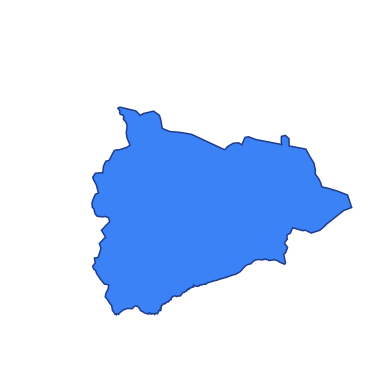 outline of Kirfi, Bauchi, Nigeria, rotated 328°
{"feature_id": "59680162B60638866528984", "entity_name": "Kirfi", "entity_type": "district", "adm_level": 2, "iso_a3": "NGA", "parent_name": "Nigeria", "parent_adm1": "Bauchi", "projection": "natural_earth1", "projection_center": [10.416, 10.451], "detail": "fine", "context": "isolated", "style": "filled", "palette": "blue", "viewbox_px": 384, "rotation_deg": 328, "n_neighbors": 0, "source": "geoboundaries", "source_scale": "gbopen_adm2", "svg_char_len": 5573}
<svg xmlns="http://www.w3.org/2000/svg" viewBox="0 0 384 384"><g transform="rotate(328 192 192)"><path d="M319.2,289.8L322.3,277.0L319.5,273.2L316.0,268.6L309.2,260.7L306.0,257.7L304.8,256.2L306.0,252.6L306.5,247.8L306.0,242.3L308.4,238.5L310.7,232.0L310.7,224.7L311.0,219.5L311.1,218.0L311.3,216.0L298.8,204.4L302.5,198.2L301.2,193.5L297.3,192.2L294.2,196.8L293.4,199.4L274.1,181.5L269.2,175.1L265.8,173.8L259.3,178.4L257.7,175.1L252.9,172.5L249.9,172.4L247.1,172.4L245.0,172.5L243.4,173.5L241.9,173.2L222.2,142.9L214.6,136.0L205.2,128.9L200.5,122.4L203.7,114.3L205.0,109.8L202.3,103.1L192.4,99.7L188.7,99.6L187.4,93.5L176.2,82.2L175.0,81.6L173.8,81.6L173.4,82.1L173.7,82.7L173.9,83.3L173.6,84.0L173.9,84.6L173.5,85.5L173.1,85.7L172.6,86.5L172.4,87.3L172.4,88.2L172.7,88.7L173.1,88.8L173.8,89.2L173.8,90.0L174.2,90.6L174.2,91.2L174.1,92.1L173.7,93.0L173.2,92.9L172.9,93.0L172.5,93.7L172.3,94.4L172.9,96.0L172.8,99.0L172.0,101.6L170.1,104.1L167.8,106.6L167.1,108.1L165.8,111.1L165.1,114.2L164.9,116.4L164.1,119.5L160.0,119.6L158.8,119.1L153.1,117.8L149.3,115.9L148.2,115.8L147.9,115.7L138.4,121.3L135.2,120.2L130.6,123.2L126.6,128.4L120.1,124.9L115.8,126.7L115.0,129.3L114.7,135.0L113.7,138.3L112.1,143.2L108.6,142.8L103.6,146.4L101.5,148.1L99.3,152.2L99.9,154.2L98.3,159.0L98.6,161.9L99.4,162.9L103.1,165.8L105.3,166.6L107.6,169.5L106.5,173.5L94.9,176.5L94.8,184.4L86.1,186.6L85.1,191.4L82.2,193.9L80.4,195.4L77.6,197.8L76.2,197.1L74.4,196.3L74.2,196.3L72.5,200.7L68.3,202.4L67.8,205.7L68.7,207.1L67.9,210.6L68.1,216.8L68.9,223.7L70.7,225.1L72.1,226.7L69.6,229.7L65.5,232.1L62.8,235.0L63.3,238.0L63.2,241.0L63.6,246.0L61.7,250.5L62.0,251.3L62.0,252.7L61.8,253.4L61.8,254.5L62.3,255.3L62.7,256.0L63.3,255.5L63.6,255.3L64.3,255.7L64.5,256.5L64.9,256.9L66.1,256.2L71.2,255.6L75.7,256.6L79.4,259.3L81.9,258.7L83.5,258.4L85.5,260.5L85.6,265.5L88.3,270.3L88.9,270.9L89.4,271.5L89.8,271.8L90.1,272.0L90.6,271.8L90.6,272.1L90.7,272.5L90.9,272.3L91.0,272.1L91.2,271.8L91.4,272.0L91.8,272.1L92.1,272.2L92.4,272.7L92.4,273.0L92.4,273.3L92.7,273.3L92.9,273.4L93.0,273.7L92.9,274.0L93.4,274.2L93.8,274.1L94.2,274.1L94.3,274.4L94.5,274.7L94.9,274.8L95.1,274.9L95.2,275.0L95.3,275.3L95.3,275.6L95.4,275.9L95.5,276.1L96.0,276.0L96.3,275.9L96.6,275.8L96.8,275.8L97.0,275.7L97.3,275.7L97.5,275.9L97.6,276.0L97.7,276.3L97.9,276.2L98.0,276.3L98.0,276.5L98.1,276.9L98.5,276.8L98.9,276.5L99.3,276.3L99.7,276.1L100.1,276.0L100.4,275.7L100.6,275.5L100.7,275.2L100.9,274.9L101.1,275.0L101.3,275.0L101.6,275.2L102.0,275.3L102.1,275.5L102.3,275.6L102.4,275.8L102.6,275.9L102.8,276.0L103.0,275.8L103.1,275.6L103.2,275.4L103.3,275.2L103.1,274.8L103.1,274.6L103.1,274.4L103.3,274.4L103.5,274.4L103.6,274.2L103.9,274.3L104.1,274.3L104.3,274.3L104.5,274.1L104.5,273.7L104.6,273.4L104.7,273.2L104.8,273.1L105.0,273.0L105.2,272.9L105.4,272.8L105.5,272.7L105.5,272.4L105.7,272.2L105.9,272.2L106.1,272.2L106.4,272.3L106.7,272.3L106.9,272.3L107.2,272.2L107.4,272.0L107.6,271.8L107.8,271.7L108.2,271.6L108.3,271.6L108.6,271.6L108.8,271.7L109.0,271.9L109.0,272.1L109.4,272.3L109.5,272.3L109.7,272.5L109.9,272.5L110.2,272.5L110.5,272.4L110.6,272.5L110.8,272.5L110.9,272.3L111.0,272.2L111.4,272.0L111.5,272.0L111.8,272.1L112.0,272.1L112.3,272.1L112.5,272.2L112.8,272.2L112.9,272.3L113.1,272.4L113.2,272.5L113.4,272.5L113.7,272.5L113.9,272.5L114.0,272.6L114.3,272.4L114.4,272.5L114.6,272.5L114.7,272.4L114.9,272.2L115.1,272.2L115.3,272.1L115.5,272.1L115.9,271.9L116.1,271.9L116.3,271.9L116.5,271.9L116.6,272.0L116.8,272.0L117.1,271.9L117.2,272.0L117.4,271.9L117.6,271.9L117.7,271.6L117.7,271.4L117.8,271.2L118.0,271.0L118.3,270.9L118.5,270.8L118.9,270.8L119.1,270.9L119.3,270.8L119.5,270.7L119.9,270.4L120.0,270.4L120.1,270.5L120.3,270.5L120.5,270.5L120.8,270.4L121.1,270.7L121.6,270.7L122.1,270.8L122.5,271.2L122.9,271.5L123.1,271.9L123.4,272.4L123.6,272.6L123.9,272.6L124.3,272.5L124.7,272.6L124.9,272.7L125.1,272.9L125.3,272.8L125.6,273.1L125.8,273.4L126.1,273.5L126.6,273.7L127.2,273.9L128.6,273.4L129.5,272.9L130.3,272.5L131.4,272.6L132.3,273.1L133.1,272.7L133.8,272.8L134.6,273.1L134.8,273.2L135.2,273.1L135.4,273.0L135.6,272.7L135.8,272.6L136.0,272.4L136.4,272.2L136.6,272.1L136.9,272.1L137.1,272.2L137.2,272.4L137.3,272.7L137.4,272.9L137.6,273.0L137.8,273.0L138.1,272.8L138.2,272.7L138.4,272.7L138.7,272.6L138.8,272.4L139.1,272.3L139.3,272.5L139.5,272.6L139.8,272.6L140.1,272.5L140.5,272.6L141.0,272.8L141.5,272.7L141.8,272.8L142.0,272.9L142.1,273.0L142.5,273.1L142.9,273.3L143.1,273.4L143.3,273.3L143.5,273.0L143.5,272.5L143.5,272.4L143.7,272.2L143.9,271.8L144.4,272.9L144.9,273.3L145.6,274.0L146.4,274.7L147.0,275.1L147.8,275.2L148.4,275.3L148.7,275.0L149.6,275.1L150.4,275.7L151.6,276.1L152.6,276.2L153.7,276.7L154.5,277.4L155.0,277.5L155.6,277.4L156.4,277.3L157.0,277.4L157.7,277.6L159.1,277.8L164.2,279.2L166.6,280.1L169.0,280.5L171.0,281.2L173.1,281.7L174.8,282.2L176.5,282.8L178.8,283.1L179.8,283.4L182.5,283.9L184.8,284.8L187.3,285.0L190.4,285.1L198.1,283.0L201.0,283.0L203.7,284.1L207.8,283.2L209.6,283.3L211.6,284.0L213.1,284.8L214.2,285.7L214.9,286.3L215.6,287.0L217.0,287.1L218.0,287.7L218.8,287.7L219.5,289.0L220.5,289.6L220.8,290.2L220.8,290.8L221.7,291.3L223.9,292.2L225.6,292.9L226.8,294.1L228.1,295.5L228.5,296.5L229.2,298.0L232.3,302.4L233.8,301.6L234.2,300.3L236.8,293.4L238.0,293.2L239.0,293.2L243.6,289.8L243.4,284.8L243.8,284.0L247.8,282.5L249.2,279.5L250.4,278.8L252.4,278.9L253.4,279.1L258.4,275.7L265.5,283.5L268.0,284.6L270.1,288.0L270.3,288.2L271.4,290.0L280.1,292.2L287.4,291.1L287.6,290.7L310.9,288.1L319.2,289.8Z" fill="#3b82f6" stroke="#1e3a8a" stroke-width="1.5"/></g></svg>